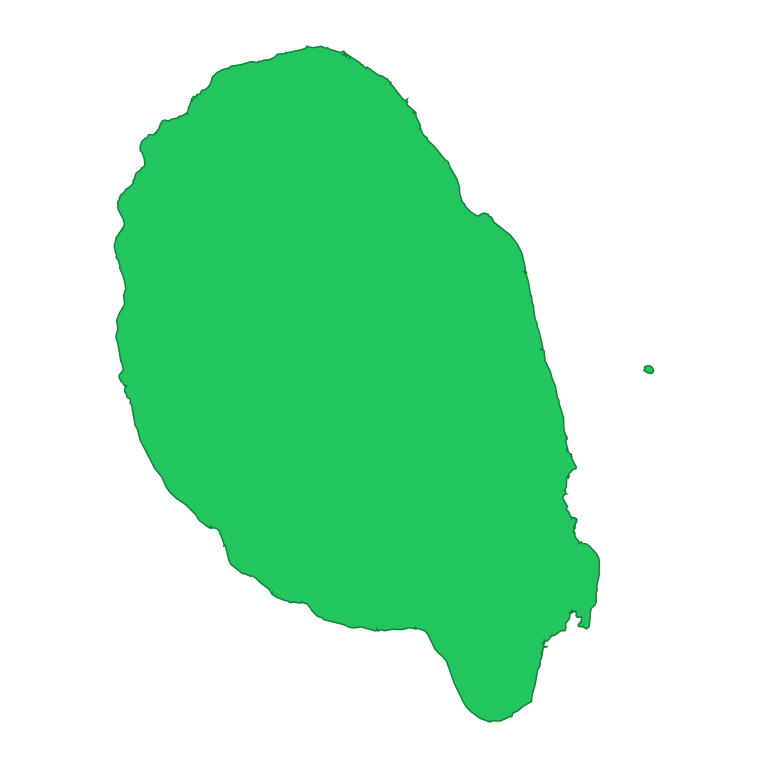 Camiguin, Camiguin, Philippines (Equal Earth projection)
{"feature_id": "2640588B70398489528347", "entity_name": "Camiguin", "entity_type": "district", "adm_level": 2, "iso_a3": "PHL", "parent_name": "Philippines", "parent_adm1": "Camiguin", "projection": "equal_earth", "projection_center": [124.72, 9.168], "detail": "fine", "context": "isolated", "style": "filled", "palette": "green", "viewbox_px": 768, "rotation_deg": 0, "n_neighbors": 0, "source": "geoboundaries", "source_scale": "gbopen_adm2", "svg_char_len": 6061}
<svg xmlns="http://www.w3.org/2000/svg" viewBox="0 0 768 768"><path d="M307.9,46.9L307.2,46.1L305.3,48.4L300.7,49.9L286.5,52.8L285.7,52.3L284.4,53.7L277.5,54.2L274.6,57.3L268.9,59.8L263.5,60.2L261.6,61.5L259.8,61.1L258.0,61.7L257.8,62.6L250.9,61.6L242.0,64.4L231.0,66.3L228.7,68.1L222.7,69.5L217.1,72.5L212.3,77.2L210.3,84.2L208.0,87.3L204.8,89.8L201.7,90.4L200.3,93.7L197.3,95.1L197.0,94.5L196.3,95.4L196.6,96.1L194.9,97.4L193.4,96.3L192.5,97.3L193.4,96.9L193.8,98.0L192.4,100.2L191.6,99.7L191.5,98.0L191.6,100.9L190.9,101.3L190.2,104.4L188.3,108.0L188.5,109.8L187.0,112.6L187.3,113.7L186.5,113.1L182.9,115.4L178.7,116.6L177.5,118.1L171.8,119.1L168.7,120.9L164.6,120.1L162.5,120.9L160.4,124.1L158.6,129.5L157.9,129.6L156.1,132.9L155.6,132.5L153.8,134.8L148.7,134.6L147.0,137.9L145.2,138.3L141.9,141.3L140.3,145.4L140.1,149.5L140.8,151.4L142.1,152.4L144.3,158.7L144.8,165.2L142.2,168.1L141.7,167.8L140.6,170.0L136.5,172.7L135.1,175.5L134.7,178.3L133.1,180.9L132.8,182.2L133.4,182.8L132.7,183.8L130.3,186.5L125.6,189.4L124.3,192.1L120.3,195.4L119.0,200.2L117.8,201.7L118.0,209.2L123.1,218.9L124.4,223.7L123.3,227.6L122.6,228.5L121.6,227.8L122.6,229.0L122.0,230.2L120.8,230.4L120.4,231.9L119.0,232.9L118.8,234.4L116.3,237.0L114.3,245.9L115.3,252.0L116.7,254.9L116.2,257.3L118.5,260.6L119.9,266.0L119.8,268.3L123.2,276.0L125.1,283.6L125.7,288.7L123.6,295.5L124.6,303.0L124.1,305.3L119.7,312.7L116.6,320.3L117.9,328.8L116.0,335.7L116.2,338.6L117.6,342.2L120.8,361.0L122.3,364.2L123.3,370.1L119.3,374.8L119.0,377.3L121.1,381.5L122.3,382.0L124.4,385.5L126.5,385.6L126.5,386.6L124.6,386.8L126.0,387.1L124.7,388.9L124.7,391.7L126.6,394.6L127.1,397.4L129.6,398.6L130.4,400.6L130.1,403.2L131.6,404.7L135.1,425.3L137.2,428.9L137.1,427.7L140.2,440.2L155.0,468.8L162.1,477.4L166.1,487.0L170.3,492.7L176.4,498.4L185.8,504.7L195.9,514.9L199.1,520.2L208.7,527.5L210.4,528.1L210.1,527.0L210.3,526.2L210.4,527.5L211.1,526.6L210.9,528.0L214.9,528.0L217.5,529.2L219.6,531.4L220.1,530.8L219.7,532.5L222.9,540.6L224.2,544.9L223.8,545.9L225.3,545.3L228.5,559.0L230.7,564.3L242.5,573.6L244.2,573.5L250.3,576.2L252.7,576.1L255.6,578.0L261.2,583.4L269.0,589.1L271.9,593.9L272.3,592.9L272.5,594.3L273.6,595.3L274.8,595.2L274.4,595.7L275.4,596.7L285.5,600.8L287.6,600.9L290.0,602.7L293.7,602.0L299.3,603.0L302.0,602.8L302.0,602.0L304.9,603.5L306.3,603.3L309.2,606.3L311.9,610.6L316.8,615.7L319.5,617.2L321.1,617.2L323.7,619.6L344.0,624.7L349.0,627.2L353.8,628.0L361.0,626.9L375.2,630.9L376.9,630.7L377.0,628.7L378.5,630.9L381.3,629.7L384.6,630.7L392.5,629.3L402.1,629.6L409.3,627.7L416.9,629.1L415.0,628.0L415.3,627.1L416.1,628.1L423.5,630.2L425.6,631.6L428.0,634.6L435.2,649.6L436.0,649.5L437.1,651.7L442.3,656.2L446.5,661.2L454.5,683.8L463.6,702.4L466.7,707.4L470.8,711.6L480.1,718.4L489.6,721.9L490.7,721.8L490.9,720.9L500.6,720.9L509.5,716.7L511.6,716.7L513.1,712.9L517.5,711.1L523.1,706.3L531.3,701.6L532.2,694.5L534.9,685.5L537.7,669.9L540.2,665.3L539.4,663.7L540.4,663.0L540.2,660.2L541.0,658.5L540.9,659.9L542.2,654.8L541.4,654.3L542.1,653.8L541.7,652.9L542.4,653.0L542.3,651.4L543.2,651.8L542.7,651.5L543.0,648.9L543.8,647.3L547.8,646.7L543.4,646.4L544.3,643.3L542.9,643.5L544.3,641.5L544.9,642.7L544.6,640.5L545.5,641.6L546.7,640.2L547.5,641.0L552.2,635.2L553.3,635.8L555.3,634.9L560.8,630.8L565.0,630.7L565.9,627.3L565.7,623.6L569.2,618.9L569.9,615.0L569.6,612.9L571.3,613.2L571.4,610.7L572.6,610.5L572.7,612.2L574.0,611.3L574.9,612.0L575.6,611.2L576.5,612.9L576.0,615.6L577.3,617.4L581.5,617.0L581.4,621.0L580.8,621.2L581.4,622.1L580.5,623.1L579.3,623.0L578.3,625.2L578.6,626.5L582.1,626.6L586.7,628.9L589.2,626.6L590.7,610.0L591.6,608.1L595.1,604.8L596.3,601.7L596.0,593.4L597.1,590.0L596.9,585.3L599.1,575.2L599.3,561.5L598.7,557.7L596.1,553.2L589.3,545.9L586.0,543.8L582.5,543.7L580.8,541.6L579.1,543.4L578.2,540.5L575.7,537.7L574.5,534.1L575.2,533.1L573.2,532.1L574.1,531.2L573.7,529.8L575.5,527.8L575.0,527.0L574.1,528.1L573.8,525.8L575.2,525.3L575.7,522.0L576.2,522.5L576.8,521.7L576.9,519.8L576.1,519.1L576.8,518.5L575.5,518.8L574.9,517.7L572.4,517.5L571.9,519.2L571.3,516.5L571.1,517.3L568.8,512.3L566.0,508.6L567.6,506.8L562.8,498.1L562.9,496.9L564.6,494.4L566.4,493.8L565.3,493.5L565.8,490.4L565.3,491.1L564.7,490.1L566.4,486.9L566.7,477.5L567.4,477.3L568.4,475.1L569.2,476.0L568.3,478.0L567.8,477.7L568.3,478.2L569.4,476.0L568.5,475.0L568.9,474.0L573.2,469.3L575.9,468.8L576.3,467.1L572.0,459.0L571.5,457.4L571.9,456.5L570.9,456.1L571.6,454.9L571.0,453.5L571.1,454.6L569.9,454.3L568.8,451.9L567.2,451.1L567.9,450.5L567.6,449.7L566.1,449.1L567.8,449.2L565.9,442.6L566.0,439.7L567.2,439.1L566.3,437.3L567.1,437.0L565.7,435.3L564.0,430.3L563.5,417.3L559.0,403.2L558.9,400.2L557.5,397.8L555.5,386.8L551.9,377.6L550.4,371.6L545.0,360.7L544.1,351.1L543.3,349.8L541.0,349.4L542.9,348.0L539.7,333.7L537.1,326.2L537.2,323.9L535.2,319.1L533.5,308.6L533.7,306.8L532.0,301.8L531.6,296.7L530.4,294.0L528.5,282.1L526.1,273.9L523.3,271.1L526.3,272.3L525.1,270.2L525.3,267.8L521.9,253.1L517.2,243.9L510.2,234.9L493.9,222.2L491.5,217.2L489.4,216.4L488.0,214.0L486.2,213.9L485.9,214.7L485.7,213.3L482.9,213.3L480.3,214.6L479.3,215.9L476.7,215.7L470.9,212.0L465.9,207.1L464.4,204.1L461.5,200.9L461.9,200.4L459.7,193.8L459.8,191.8L458.9,190.8L459.8,189.1L457.2,179.6L450.0,166.9L448.2,161.9L445.2,159.8L434.4,146.5L427.1,139.7L427.3,138.0L423.2,134.9L420.7,128.6L419.0,129.2L420.6,128.0L420.5,127.1L419.9,124.3L416.0,116.3L415.8,112.5L412.4,113.1L415.1,111.8L407.5,105.2L406.7,103.7L407.6,102.0L406.5,100.5L407.1,99.3L404.9,100.8L402.0,98.1L393.6,87.1L391.1,84.2L390.4,84.3L391.1,82.9L387.9,80.3L387.5,78.9L386.6,79.1L382.6,76.2L378.6,75.3L367.0,67.0L366.1,68.4L365.4,68.1L362.2,64.5L361.1,64.7L360.1,62.9L350.1,56.5L349.1,59.4L349.9,56.3L347.1,54.5L346.3,56.8L345.3,55.0L342.8,54.6L344.4,53.8L346.6,54.3L343.8,51.1L340.5,52.5L329.7,49.3L327.5,47.7L326.0,48.2L320.9,46.3L313.6,47.7L307.9,46.9ZM652.2,367.4L649.9,365.8L647.0,365.9L644.5,367.1L644.7,369.2L643.8,370.3L647.3,372.7L651.3,373.5L652.9,372.4L653.7,370.6L652.2,367.4Z" fill="#22c55e" stroke="#15803d" stroke-width="1.5"/></svg>